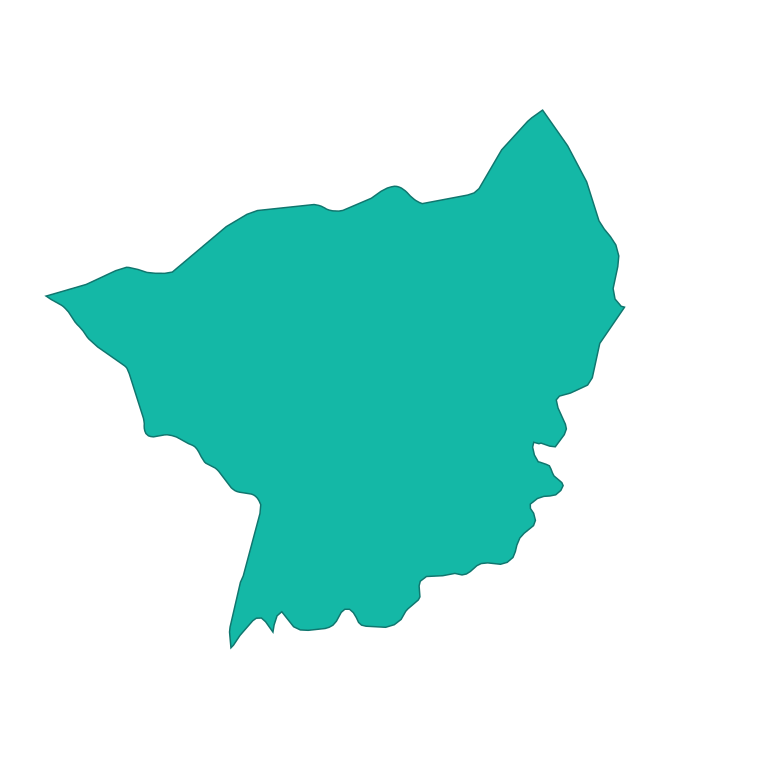 SVG path tracing the border of Soriano, rotated 155°
{"feature_id": "URY-11", "entity_name": "Soriano", "entity_type": "Department", "adm_level": 1, "iso_a3": "URY", "parent_name": "Uruguay", "parent_adm1": "", "projection": "robinson", "projection_center": [-57.662, -33.492], "detail": "fine", "context": "isolated", "style": "filled", "palette": "teal", "viewbox_px": 768, "rotation_deg": 155, "n_neighbors": 0, "source": "natural_earth", "source_scale": "10m", "svg_char_len": 2667}
<svg xmlns="http://www.w3.org/2000/svg" viewBox="0 0 768 768"><g transform="rotate(155 384 384)"><path d="M124.5,565.2L116.9,522.3L114.9,481.5L120.2,441.0L118.9,431.2L116.5,421.9L115.1,412.0L117.1,400.8L122.5,391.6L136.0,373.7L138.7,363.4L136.2,354.2L133.5,352.0L133.6,351.9L171.3,329.6L192.6,301.6L199.9,297.0L218.8,297.0L230.1,298.9L234.6,296.8L236.4,288.8L236.6,270.9L237.7,266.2L242.0,261.9L255.3,254.7L260.0,257.6L266.7,264.1L268.8,264.4L272.9,267.9L276.0,263.9L277.7,256.1L277.1,248.3L276.0,247.5L271.0,242.7L268.7,240.0L268.6,236.3L268.9,232.2L268.8,228.9L264.5,219.5L264.6,216.2L268.7,212.8L275.2,211.0L280.9,212.4L286.6,214.6L293.3,215.4L302.2,213.3L303.9,209.3L303.0,203.6L304.4,196.4L308.3,192.5L320.1,189.5L326.0,187.0L331.7,181.8L335.8,176.6L340.4,172.3L347.7,170.3L354.6,171.4L365.7,178.1L371.8,180.2L376.6,180.1L384.9,177.6L389.6,177.0L394.0,178.0L399.8,182.4L411.7,185.4L426.9,191.6L434.5,189.9L437.5,186.2L441.4,175.9L444.1,173.8L457.4,170.1L460.4,168.8L468.0,163.4L476.4,161.5L485.3,162.8L502.7,172.1L506.3,175.0L507.8,178.6L507.8,183.9L508.4,189.7L510.4,194.4L514.7,196.4L519.3,195.1L527.4,189.1L532.2,187.0L536.6,186.7L540.7,187.3L556.8,192.8L563.8,196.5L568.5,202.2L572.9,220.8L578.9,219.1L585.4,212.1L589.5,206.1L591.8,218.6L594.0,223.7L598.7,225.7L603.0,224.9L620.8,217.0L630.8,210.9L634.2,209.6L628.8,224.5L626.2,228.8L597.9,265.0L592.7,269.5L551.1,319.1L546.7,326.7L546.6,331.0L547.0,334.1L547.9,336.6L549.1,338.6L550.7,340.3L560.8,347.1L562.6,348.6L564.1,350.3L565.3,352.4L566.3,354.5L570.7,374.8L571.5,377.1L572.5,379.2L579.0,387.6L579.0,387.8L579.6,389.1L580.4,395.2L580.6,400.7L581.1,404.4L582.0,407.2L583.3,409.2L584.8,410.9L586.4,412.6L594.5,423.7L598.0,426.9L601.9,429.6L604.3,430.6L615.2,433.5L617.5,434.9L619.4,436.6L620.7,439.7L620.6,442.6L620.0,445.1L619.1,447.3L618.0,449.4L617.2,451.9L616.5,454.6L610.5,501.0L610.3,506.9L610.7,508.4L611.4,510.1L627.8,538.5L632.5,549.6L633.2,552.3L634.3,559.3L635.9,564.8L636.9,567.5L637.8,570.7L639.5,582.6L641.0,587.4L641.9,589.7L643.0,591.7L649.9,601.2L653.1,606.5L611.9,600.1L579.3,600.1L568.1,598.6L565.9,597.4L558.5,591.7L551.7,585.3L544.3,580.9L535.8,576.9L528.5,574.9L460.4,593.3L436.5,595.7L425.4,594.7L371.5,576.2L367.6,573.4L365.7,571.6L363.2,568.4L363.7,569.0L363.0,568.1L362.2,566.8L360.1,564.7L357.3,562.6L351.9,559.8L347.9,558.7L317.0,557.7L305.2,559.9L298.2,560.2L294.1,559.6L291.0,558.8L289.3,557.9L288.2,557.1L286.8,555.8L285.4,554.2L283.1,550.1L282.2,547.9L280.7,543.2L278.7,538.8L277.6,536.8L275.2,533.5L273.1,531.3L228.4,519.9L221.6,519.1L215.3,520.9L178.4,546.5L142.9,561.3L137.3,562.9L124.7,565.2L124.5,565.2Z" fill="#14b8a6" stroke="#0f766e" stroke-width="1.5"/></g></svg>